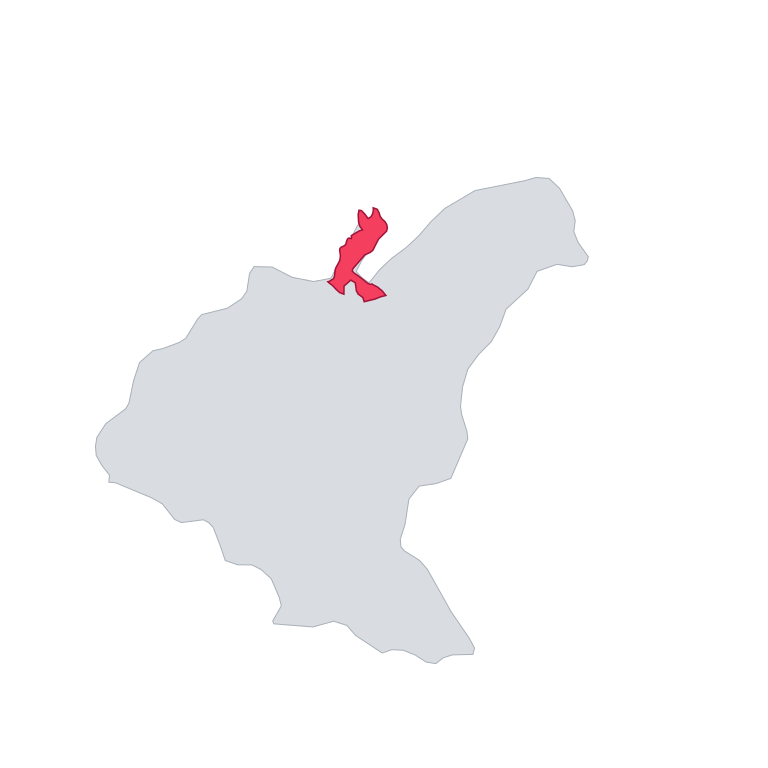 where Samaná sits in Dominican Republic, rotated 302°
{"feature_id": "DOM-1983", "entity_name": "Samaná", "entity_type": "Province", "adm_level": 1, "iso_a3": "DOM", "parent_name": "Dominican Republic", "parent_adm1": "", "projection": "equal_earth", "projection_center": [-69.507, 19.186], "detail": "fine", "context": "in_parent", "style": "filled", "palette": "rose", "viewbox_px": 768, "rotation_deg": 302, "n_neighbors": 0, "source": "natural_earth", "source_scale": "10m", "svg_char_len": 2489}
<svg xmlns="http://www.w3.org/2000/svg" viewBox="0 0 768 768"><g transform="rotate(302 384 384)"><path d="M154.9,525.0L155.7,493.3L159.6,480.4L156.1,466.9L140.3,452.5L130.7,434.0L122.2,417.6L124.1,415.2L141.4,414.5L147.4,408.4L159.1,391.6L161.5,378.1L160.6,367.9L153.1,355.7L150.2,342.9L159.5,331.6L171.8,315.3L173.5,309.0L173.2,302.8L159.1,285.6L158.2,278.2L164.9,259.5L164.3,247.1L157.9,208.5L154.9,202.7L161.2,199.5L165.4,188.0L170.9,177.8L178.3,172.3L186.6,168.8L203.1,169.1L225.9,178.0L232.4,177.9L254.4,169.8L272.6,165.3L289.7,170.4L296.6,177.4L310.8,188.4L317.8,191.7L340.2,191.5L346.3,192.6L365.0,210.8L380.8,218.1L390.0,218.5L406.5,211.4L414.7,211.6L424.0,227.3L425.8,249.6L433.6,270.0L445.6,283.0L504.8,277.5L518.0,288.2L513.4,297.1L505.1,301.8L477.0,299.7L464.7,300.8L462.2,309.6L462.1,317.8L478.6,319.7L494.7,323.9L511.2,330.4L527.9,334.9L546.7,337.8L565.3,342.6L596.3,358.7L630.6,395.2L639.7,403.5L645.8,415.0L643.0,429.1L630.8,452.2L623.9,459.6L613.8,464.2L606.9,473.6L600.2,489.8L596.1,491.2L591.3,490.5L583.1,481.4L577.2,467.3L560.6,454.1L541.0,455.8L512.1,447.9L494.5,451.7L477.0,452.6L459.1,448.6L441.1,447.2L423.1,452.2L405.6,460.7L399.2,466.1L388.0,479.2L382.0,484.1L339.5,490.7L327.3,481.1L316.0,467.9L299.6,466.1L275.9,476.3L261.1,480.0L255.1,484.4L253.3,489.4L253.2,507.8L249.8,519.1L226.5,561.5L213.4,591.4L208.0,600.7L201.8,602.7L190.5,585.5L183.2,579.3L174.3,576.1L170.5,567.0L170.7,554.0L168.4,541.4L162.9,531.5L154.9,525.0Z" fill="#d9dde1" stroke="#a8b0b8" stroke-width="1"/><path d="M441.0,282.2L441.6,282.9L446.5,285.4L449.4,284.8L454.9,282.1L457.8,281.5L464.2,281.2L467.0,280.4L469.9,278.9L474.2,275.3L475.8,274.8L477.3,275.2L480.3,277.1L482.2,277.6L485.6,276.5L487.1,276.3L488.0,276.3L488.7,276.5L489.3,277.1L489.5,278.2L490.0,279.2L491.0,278.8L492.5,277.6L500.8,281.9L503.3,284.1L504.9,280.0L507.5,276.9L514.0,272.3L518.1,270.7L519.1,272.9L518.0,277.5L515.9,282.9L518.8,284.3L522.0,284.2L525.1,283.2L527.7,281.5L528.6,285.7L526.7,289.0L524.1,292.0L522.8,295.3L522.2,298.8L520.6,301.9L518.1,304.2L515.0,305.2L503.8,302.6L491.5,303.7L488.6,302.7L483.3,299.3L465.1,296.5L463.0,297.2L462.3,299.7L461.8,308.9L460.7,316.7L461.2,319.6L462.5,320.8L462.4,322.2L462.8,327.3L462.0,333.2L460.1,338.7L455.9,334.7L451.4,331.5L447.3,327.5L443.3,323.6L446.1,320.2L446.6,314.2L448.5,311.1L450.8,309.2L454.6,306.0L454.5,300.8L445.9,298.2L438.9,302.4L438.0,297.9L438.9,293.1L440.2,288.3L440.7,283.2L441.0,282.2Z" fill="#f43f5e" stroke="#9f1239" stroke-width="1.5"/></g></svg>